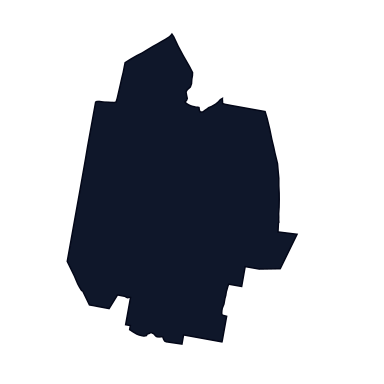 the district of Kaoh Andaet, Takêv, Cambodia, rotated 190°
{"feature_id": "14789045B5776655612798", "entity_name": "Kaoh Andaet", "entity_type": "district", "adm_level": 2, "iso_a3": "KHM", "parent_name": "Cambodia", "parent_adm1": "Takêv", "projection": "equal_earth", "projection_center": [104.923, 10.741], "detail": "fine", "context": "isolated", "style": "filled", "palette": "ink", "viewbox_px": 384, "rotation_deg": 190, "n_neighbors": 0, "source": "geoboundaries", "source_scale": "gbopen_adm2", "svg_char_len": 2123}
<svg xmlns="http://www.w3.org/2000/svg" viewBox="0 0 384 384"><g transform="rotate(190 192 192)"><path d="M136.5,49.6L136.4,50.5L136.3,75.6L140.9,76.0L141.7,77.6L142.0,80.4L142.0,82.9L141.1,87.2L141.1,90.2L141.1,92.9L140.8,96.1L140.9,99.7L140.6,102.4L140.3,105.5L139.9,107.6L126.7,107.6L126.7,127.8L112.5,127.8L91.8,131.8L81.2,168.6L100.4,167.6L101.5,176.4L101.2,177.2L101.8,179.6L102.2,182.2L102.9,185.7L103.6,192.0L104.8,199.7L106.0,206.1L107.6,213.2L108.9,220.6L110.9,227.9L112.7,234.7L114.6,239.1L117.2,245.0L119.2,250.0L122.6,257.8L126.3,267.2L130.8,277.5L134.0,283.9L164.3,284.0L168.4,284.0L174.7,284.1L177.2,284.4L177.9,287.4L178.2,288.5L178.3,289.4L180.1,287.9L181.7,285.3L183.9,282.7L185.9,281.0L187.7,279.5L190.2,278.0L191.6,276.4L193.4,274.7L195.2,272.7L197.6,272.2L198.9,273.6L199.8,276.4L201.2,276.5L202.9,276.2L204.9,276.4L206.2,276.4L208.4,276.7L210.6,277.3L212.8,278.2L214.7,279.5L213.4,281.0L212.9,283.3L214.1,286.2L215.3,289.6L214.4,291.9L211.9,295.1L211.3,298.6L211.8,303.2L211.8,306.7L212.2,309.7L216.3,315.1L224.4,324.8L231.0,333.2L237.0,341.7L239.2,344.0L239.9,342.7L241.1,341.0L242.6,339.6L244.9,337.5L248.1,334.9L251.6,331.9L255.6,328.7L260.2,324.7L265.3,320.2L269.8,316.9L275.2,312.4L280.3,307.8L280.4,304.1L280.5,297.9L280.9,292.0L281.2,285.0L281.6,277.1L281.9,271.3L282.4,267.4L283.1,267.1L284.1,266.6L285.9,266.4L287.8,266.1L290.6,265.8L293.1,265.4L295.5,265.2L299.1,265.1L301.4,264.6L302.5,263.8L302.7,218.7L302.6,205.8L302.6,193.0L302.6,176.4L302.6,174.8L302.7,141.1L302.8,102.0L293.1,88.7L290.6,84.8L288.5,81.6L286.2,78.7L283.6,75.8L282.4,75.5L273.4,63.0L253.4,62.8L247.5,77.7L240.0,77.6L238.9,77.2L238.2,76.9L236.8,76.7L235.7,77.4L234.2,77.5L234.3,49.8L229.5,49.8L229.5,45.6L228.4,45.2L226.7,44.4L224.4,43.5L221.7,42.5L219.2,42.0L216.3,41.8L214.3,41.8L212.0,42.7L211.4,44.4L209.7,45.2L208.7,46.1L207.3,46.5L206.4,46.1L205.4,45.9L204.7,45.5L203.1,44.2L202.0,43.5L200.8,43.4L199.0,43.6L197.9,43.9L196.5,44.3L195.3,44.0L194.9,42.9L194.3,42.0L193.5,41.0L192.7,40.3L190.9,40.0L189.6,40.1L188.7,40.1L175.5,40.5L175.5,49.8L136.5,49.6Z" fill="#0f172a" stroke="#020617" stroke-width="1.5"/></g></svg>